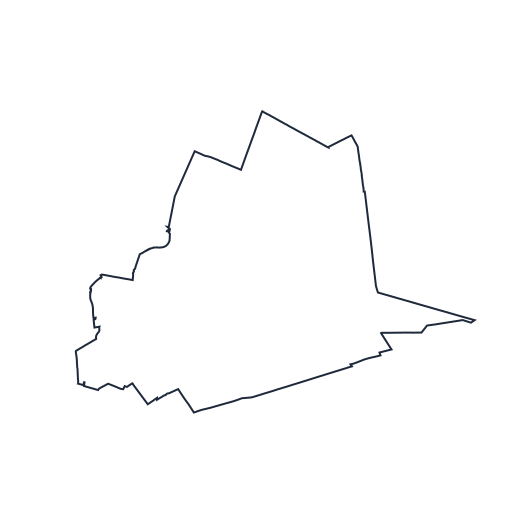 the district of De Bilt, Utrecht, Netherlands, rotated 78°
{"feature_id": "6326949B89861616771264", "entity_name": "De Bilt", "entity_type": "district", "adm_level": 2, "iso_a3": "NLD", "parent_name": "Netherlands", "parent_adm1": "Utrecht", "projection": "albers", "projection_center": [5.169, 52.145], "detail": "fine", "context": "isolated", "style": "outline", "palette": "slate", "viewbox_px": 512, "rotation_deg": 78, "n_neighbors": 0, "source": "geoboundaries", "source_scale": "gbopen_adm2", "svg_char_len": 5923}
<svg xmlns="http://www.w3.org/2000/svg" viewBox="0 0 512 512"><g transform="rotate(78 256 256)"><path d="M364.2,55.5L356.7,69.8L349.6,83.1L346.5,89.0L317.1,144.3L314.4,144.6L310.3,144.9L304.9,144.4L285.2,142.6L284.2,142.5L277.7,141.8L272.6,141.3L264.1,140.5L251.6,139.4L251.1,139.4L247.8,139.1L215.7,136.2L215.4,137.3L214.4,137.1L213.0,136.9L212.3,136.8L210.7,136.7L209.7,136.7L209.3,136.7L205.6,136.4L205.3,136.4L205.2,136.3L204.9,136.3L204.2,136.2L199.5,135.9L199.4,135.9L199.2,135.7L196.6,135.5L196.4,135.5L195.6,135.5L194.0,135.4L193.5,135.5L192.1,135.3L191.1,135.2L190.8,135.2L190.4,135.1L190.0,135.1L189.6,135.1L189.3,135.1L187.8,135.0L187.6,134.9L187.5,135.0L186.8,134.9L185.6,134.9L184.4,134.9L183.6,134.8L181.9,134.7L180.1,134.5L179.4,134.5L178.9,134.4L177.9,134.4L176.1,134.3L170.4,133.8L169.9,133.9L168.0,134.4L166.7,134.8L164.7,135.5L162.0,136.2L160.4,136.7L159.4,137.0L157.9,137.5L158.0,137.9L158.8,141.2L159.1,142.5L159.7,144.7L160.3,146.8L160.5,147.8L164.4,162.4L164.5,162.6L164.9,162.6L165.0,162.6L164.5,163.2L163.3,164.7L161.3,167.0L159.4,169.1L159.2,169.4L159.1,169.6L158.6,170.1L157.3,171.5L157.1,171.8L156.9,172.1L156.8,172.3L155.1,174.1L150.8,179.2L149.6,180.5L148.5,181.9L147.2,183.3L146.4,184.3L146.2,184.6L144.8,186.2L143.3,188.0L139.1,192.8L138.3,193.8L138.1,194.0L136.2,196.3L134.4,198.2L134.0,198.6L133.8,198.8L133.1,199.8L131.7,201.4L131.1,202.1L130.3,202.9L130.1,203.2L130.0,203.4L129.8,203.6L129.7,203.8L129.2,204.2L128.5,205.1L128.2,205.4L127.6,206.0L127.1,206.7L125.9,208.0L122.7,211.7L122.5,212.0L121.9,212.6L121.6,212.9L121.0,213.6L119.8,215.1L119.2,215.9L119.1,216.0L118.0,217.3L115.8,219.8L116.1,220.1L117.3,220.9L127.9,227.5L129.1,228.3L136.2,232.6L139.0,234.4L153.7,243.6L168.6,252.8L167.6,254.2L166.1,256.3L164.2,259.2L163.8,259.7L163.5,260.2L162.8,261.2L161.7,262.7L160.1,264.9L159.4,265.9L158.8,266.8L157.6,268.6L157.0,269.6L156.3,270.5L155.9,271.1L154.7,272.7L153.7,273.9L153.5,274.4L153.0,275.1L151.3,277.7L150.6,278.7L150.2,279.2L149.5,280.5L149.0,281.5L148.6,282.2L148.2,283.2L147.6,284.6L147.5,284.9L147.3,285.2L146.5,286.4L144.8,288.6L140.8,294.2L152.6,302.7L160.9,308.7L180.9,323.1L182.8,323.9L196.2,329.6L197.4,330.1L198.7,330.7L209.5,335.3L209.0,336.7L211.0,335.3L211.7,334.6L212.0,334.7L211.8,335.0L212.6,335.3L212.5,335.5L212.4,335.9L212.4,336.3L212.5,336.5L212.7,337.7L213.2,338.0L213.4,337.3L214.1,335.8L214.8,336.4L216.3,335.6L222.9,337.3L223.3,337.6L224.4,338.3L225.5,339.3L226.3,340.2L226.8,340.9L227.3,341.8L227.6,342.7L227.9,343.7L228.0,344.7L228.0,346.3L227.9,347.2L227.6,349.2L227.2,350.5L226.9,351.6L226.6,353.8L226.4,354.2L226.6,354.8L226.7,356.9L227.0,358.4L227.6,360.6L227.3,360.4L228.0,362.7L228.3,363.5L228.5,364.0L229.2,365.9L230.1,369.3L240.7,375.6L241.6,376.1L243.3,376.9L244.3,378.5L245.8,378.6L246.9,379.8L247.6,380.0L248.3,379.9L253.9,381.6L252.4,385.2L250.3,390.6L249.5,392.4L248.7,394.3L246.8,399.3L246.0,401.1L245.4,402.5L244.9,403.8L243.7,406.6L243.2,407.9L242.1,410.5L242.5,412.0L244.4,411.4L244.8,412.8L245.3,412.7L245.1,413.2L246.5,416.1L247.8,418.4L248.7,419.8L251.1,423.2L251.2,423.3L251.8,424.0L252.6,424.7L253.6,425.0L254.0,424.2L255.6,424.8L255.7,424.6L257.2,425.3L257.0,425.7L262.5,426.9L264.1,426.9L268.7,426.2L270.3,426.2L271.9,426.2L273.4,426.4L278.1,427.3L282.7,427.9L282.9,427.7L283.0,425.7L284.4,426.3L284.4,427.9L284.6,428.1L292.4,428.9L292.6,423.9L292.9,424.1L295.9,424.6L296.6,424.9L297.0,425.1L297.3,425.3L298.9,427.3L300.0,428.3L301.0,429.0L302.3,429.4L303.9,429.6L304.9,432.7L305.0,432.9L305.5,434.4L307.5,440.4L308.1,442.5L308.4,442.9L308.7,444.0L309.0,444.7L309.7,447.0L310.0,447.9L310.3,448.6L311.0,450.7L311.2,451.4L311.3,451.6L311.4,451.8L311.6,451.9L311.7,452.0L311.9,452.1L312.5,452.2L314.0,452.3L317.0,452.5L317.4,452.5L317.5,452.6L319.5,452.7L320.6,452.9L320.9,452.9L324.0,453.5L324.3,453.5L324.6,453.5L326.3,453.8L327.9,454.1L328.7,454.0L328.9,454.0L333.1,454.7L334.8,455.0L338.4,455.6L339.7,455.8L341.0,455.9L343.5,456.4L343.8,456.4L343.9,456.5L346.3,451.9L343.7,450.3L343.9,450.0L347.4,451.3L354.3,438.3L353.9,437.9L353.5,437.6L353.2,437.1L352.8,436.3L350.2,427.2L353.6,422.0L357.9,415.8L358.2,414.7L358.4,414.2L358.6,413.8L358.7,413.6L356.0,411.5L357.2,409.5L356.6,407.9L356.0,406.6L354.8,403.4L355.0,403.2L355.6,403.1L355.8,403.1L378.5,392.7L376.4,387.4L375.6,385.6L374.2,382.3L376.0,382.6L375.6,381.7L375.2,380.4L374.7,378.9L373.9,376.4L373.6,376.0L373.4,375.5L373.3,375.2L373.3,374.5L373.3,374.1L373.3,373.8L373.2,373.4L373.0,373.1L372.9,372.8L372.4,372.3L372.3,372.0L372.2,371.6L372.1,371.3L372.1,370.2L372.2,369.7L370.0,359.8L372.2,359.0L375.5,357.7L381.0,355.5L385.5,353.5L386.8,352.9L388.9,352.1L392.0,350.9L396.2,349.3L395.6,344.6L395.2,341.2L395.1,335.8L395.0,333.6L395.0,332.3L394.8,329.7L394.4,323.6L394.2,321.0L394.1,319.7L394.1,319.0L393.8,315.4L393.7,312.6L393.4,308.7L393.2,306.5L393.0,305.3L392.8,303.2L392.5,301.4L392.2,299.4L393.4,289.6L393.1,286.0L392.7,281.2L392.5,279.2L392.1,275.0L391.5,267.7L390.9,262.2L390.7,259.1L390.5,257.6L390.4,256.3L390.3,254.6L389.6,247.3L389.5,246.2L389.4,245.0L388.3,233.0L388.1,230.9L388.0,230.0L387.6,225.9L387.6,225.3L387.4,223.8L387.1,220.4L387.0,219.3L386.9,218.5L386.8,216.9L385.9,207.5L385.2,199.7L385.1,198.6L385.1,198.2L385.0,197.5L384.8,195.6L384.8,195.3L384.5,191.9L384.5,191.6L384.1,188.0L383.9,185.1L381.6,186.1L381.6,185.7L381.6,184.7L381.6,183.3L381.5,183.0L381.4,181.8L380.3,174.8L379.8,172.2L379.6,169.9L379.5,168.7L379.4,166.7L379.3,163.2L379.3,160.4L379.2,157.5L379.1,154.9L376.1,155.3L375.8,148.8L375.6,142.9L370.3,144.9L365.0,146.9L362.6,147.8L361.5,148.2L360.9,148.4L358.9,149.2L357.4,149.7L357.2,149.2L357.8,146.3L358.2,144.5L358.6,142.6L358.9,141.2L359.7,137.2L360.3,134.2L361.6,127.7L361.8,126.8L362.9,121.6L363.8,117.5L365.3,110.0L364.0,108.5L362.3,106.4L359.6,103.2L359.9,98.5L360.1,96.3L360.4,91.2L360.4,90.4L361.4,72.1L361.5,69.5L361.6,68.5L361.6,67.2L365.9,59.6L364.2,55.5Z" fill="none" stroke="#1e293b" stroke-width="2"/></g></svg>